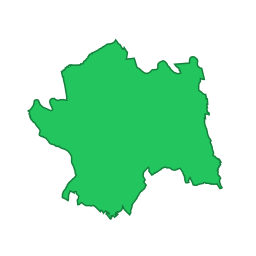 Valea Mare, Vâlcea, Romania, rotated 71°
{"feature_id": "2599482B41757926586400", "entity_name": "Valea Mare", "entity_type": "district", "adm_level": 2, "iso_a3": "ROU", "parent_name": "Romania", "parent_adm1": "Vâlcea", "projection": "equal_earth", "projection_center": [24.031, 44.681], "detail": "fine", "context": "isolated", "style": "filled", "palette": "green", "viewbox_px": 256, "rotation_deg": 71, "n_neighbors": 0, "source": "geoboundaries", "source_scale": "gbopen_adm2", "svg_char_len": 5796}
<svg xmlns="http://www.w3.org/2000/svg" viewBox="0 0 256 256"><g transform="rotate(71 128 128)"><path d="M172.3,212.7L174.7,210.2L177.1,208.4L176.4,207.7L172.0,206.0L168.7,203.1L171.9,200.0L170.7,199.3L171.2,197.9L171.5,197.7L173.2,198.2L176.4,196.7L178.5,198.0L179.4,198.7L179.3,199.1L179.6,199.4L184.0,200.4L184.0,200.2L184.4,199.7L184.4,199.0L183.2,196.3L186.3,194.3L187.7,193.0L188.9,189.5L189.8,187.9L189.8,187.0L190.2,185.5L193.3,183.7L198.1,181.4L197.4,180.7L197.1,179.9L199.9,178.9L200.5,178.9L199.9,177.9L199.9,177.3L199.1,176.4L201.5,174.2L201.5,173.9L202.7,173.6L203.0,173.8L202.5,174.1L201.2,175.6L202.1,176.7L203.0,176.0L208.3,174.3L208.2,173.4L207.6,173.6L206.8,173.1L206.6,172.9L206.9,172.8L206.8,172.3L205.7,172.5L205.7,171.2L206.3,171.0L206.3,170.5L208.0,169.7L207.1,167.5L205.5,168.2L205.4,167.8L204.6,167.3L206.6,166.4L206.3,165.7L204.3,166.4L203.6,164.8L204.5,164.5L203.9,161.5L201.7,158.8L200.9,158.9L200.3,158.6L200.9,158.5L200.9,158.3L202.3,158.3L204.2,157.9L210.6,154.7L208.9,152.9L208.0,152.9L205.7,151.5L205.4,151.0L204.2,150.5L203.8,149.8L202.9,149.7L202.2,149.1L201.9,149.3L197.3,142.4L195.8,141.3L195.3,140.2L192.9,137.9L192.9,137.3L192.3,136.6L192.0,135.1L191.5,134.5L190.8,132.4L190.1,131.5L189.5,131.3L189.2,130.8L188.4,130.3L188.2,129.5L187.6,129.5L184.4,130.7L183.1,129.5L182.9,128.9L182.7,128.7L178.1,129.5L177.6,129.0L175.0,127.8L173.2,124.6L171.8,121.6L173.6,121.3L175.5,122.3L180.2,120.8L180.0,120.3L180.2,119.5L179.3,117.9L179.2,117.5L179.5,117.2L179.2,116.8L179.2,115.4L178.3,112.4L177.9,110.3L177.6,110.1L177.5,109.5L177.0,108.8L177.2,107.9L176.9,106.2L177.7,104.7L178.4,104.2L178.7,102.9L179.5,101.3L181.6,100.0L182.8,98.3L183.2,96.7L183.0,93.1L183.1,91.8L187.5,90.7L190.8,90.6L191.9,90.1L192.7,90.7L193.9,90.4L195.2,91.1L197.7,91.2L198.7,91.0L199.1,89.5L199.2,88.1L197.7,88.2L195.5,86.0L195.1,85.4L198.4,85.2L200.8,84.8L202.5,84.9L203.4,84.5L204.4,82.0L204.5,80.8L204.2,80.0L204.6,76.4L204.9,75.1L204.4,74.4L204.4,73.4L205.2,72.6L205.7,72.4L205.8,71.5L206.9,69.0L207.7,68.6L207.6,67.8L208.4,67.3L208.6,65.9L209.1,65.4L209.3,64.1L209.9,62.9L209.7,62.1L214.9,60.8L214.7,60.5L215.3,60.1L215.3,58.9L214.9,58.5L212.3,59.1L211.5,58.9L211.0,59.1L210.3,58.9L208.9,59.1L208.6,58.8L207.6,58.6L206.7,58.1L205.7,56.8L203.5,57.2L202.9,57.4L202.9,57.7L201.1,58.1L200.3,57.9L198.9,57.0L197.1,57.3L196.9,56.3L195.6,56.4L195.1,55.7L195.1,55.2L194.7,54.7L194.2,54.7L194.0,54.1L193.6,54.1L193.5,53.5L193.1,53.5L192.9,52.4L190.5,52.5L190.6,51.2L187.2,51.9L186.9,52.3L187.3,52.5L186.6,52.8L186.6,53.2L186.0,53.3L185.6,53.9L185.2,54.2L183.6,54.8L183.5,55.2L182.9,55.3L181.9,56.4L181.1,56.5L180.2,55.5L178.6,55.1L175.5,55.2L173.8,54.7L169.7,54.7L169.5,55.0L168.1,54.9L167.0,54.1L167.1,53.7L165.2,53.9L164.2,54.5L160.4,54.8L154.4,54.0L153.9,54.2L149.1,54.2L143.6,52.5L144.3,51.7L139.9,50.6L141.0,47.6L141.2,47.2L141.9,47.1L141.7,46.8L140.2,46.5L139.6,46.9L139.2,47.5L138.4,47.5L138.2,47.7L135.1,47.1L134.7,46.7L134.7,46.4L134.1,46.6L133.8,46.2L132.3,46.2L132.2,46.0L131.2,45.7L131.5,44.9L126.2,43.5L125.9,43.7L125.9,44.5L123.8,43.9L121.6,43.7L121.0,45.0L119.8,46.0L117.6,47.1L117.1,47.7L116.0,48.1L115.4,48.7L114.8,48.7L110.0,47.0L108.7,46.0L107.6,44.5L106.8,44.3L106.4,43.9L105.9,43.8L105.5,43.4L104.8,43.3L106.5,41.2L106.9,40.0L95.7,38.9L94.4,40.6L92.1,41.9L89.8,41.6L87.5,40.4L86.3,40.2L85.1,40.5L82.5,42.1L81.6,43.9L81.6,45.6L82.3,46.6L83.5,47.5L86.6,48.8L82.9,63.1L85.0,62.5L86.9,61.4L87.8,60.6L89.7,60.3L90.2,60.7L90.7,60.6L90.9,60.1L93.3,60.3L92.9,63.3L90.4,66.4L86.9,68.3L84.0,69.1L82.3,70.0L79.8,70.3L77.3,71.4L76.5,72.1L75.9,73.1L76.1,76.4L76.8,78.2L77.5,78.9L78.5,79.4L80.9,80.2L81.9,81.3L81.9,82.6L80.9,85.6L81.1,86.9L82.1,88.4L82.7,90.4L82.5,92.5L82.1,93.4L81.6,94.2L80.5,95.1L79.1,96.1L75.5,98.0L73.8,99.8L64.1,99.4L62.4,107.1L56.3,103.9L54.5,104.6L50.8,105.4L51.1,105.6L51.6,105.7L51.7,106.4L51.4,106.7L52.0,106.8L52.0,107.2L50.2,107.8L46.8,108.3L45.3,109.6L42.3,110.4L40.7,111.0L42.2,112.7L42.7,114.9L42.7,117.1L42.4,118.4L42.6,118.8L42.0,119.8L42.0,120.7L43.1,123.8L43.0,125.3L43.6,125.7L43.6,126.2L43.9,127.1L43.7,127.5L44.0,128.0L43.9,128.9L44.9,132.0L44.8,132.5L45.1,134.4L45.3,134.7L45.4,137.4L45.9,137.7L45.4,138.1L45.9,138.8L45.9,140.1L46.5,140.5L46.4,141.2L47.2,141.9L47.5,142.5L48.5,142.8L48.9,144.1L50.4,146.7L50.5,147.8L51.0,148.1L51.3,148.9L52.2,149.3L52.6,149.8L52.0,151.8L52.9,152.6L53.0,152.9L52.3,153.8L52.4,155.0L51.6,156.2L51.4,157.9L50.5,159.3L50.5,160.3L49.6,161.3L49.8,161.7L50.4,162.0L50.2,162.4L49.6,162.6L49.8,163.1L49.5,163.4L50.2,164.9L50.8,164.8L50.7,165.5L50.2,165.9L50.7,166.6L50.8,167.7L51.4,167.7L52.0,168.4L52.0,169.0L52.6,169.2L52.6,169.6L52.2,170.4L53.4,171.6L53.0,172.5L58.3,173.2L58.7,172.5L61.3,173.2L66.9,173.8L77.4,175.5L81.9,176.8L80.3,179.6L79.4,182.1L79.0,185.8L77.8,187.0L76.0,188.2L75.6,189.4L75.5,191.0L76.2,192.5L77.6,193.4L80.0,193.7L85.4,193.1L86.4,193.7L86.6,194.7L86.1,195.7L80.9,201.4L78.0,203.1L76.1,203.6L73.2,203.7L72.6,203.9L71.9,204.4L71.4,206.1L71.4,206.9L71.9,207.8L74.5,209.1L76.1,210.3L78.9,214.3L79.3,215.7L79.1,216.6L79.4,216.8L80.9,215.8L82.1,216.7L82.9,216.9L83.5,216.9L83.7,216.4L85.6,216.6L85.5,217.1L88.6,216.8L88.6,216.5L91.6,215.6L92.7,214.4L95.9,213.8L99.5,212.3L101.3,211.9L103.0,212.4L103.8,213.2L105.6,214.1L105.9,214.1L107.5,212.9L108.2,212.0L108.6,210.8L109.2,210.8L110.9,208.9L114.6,207.5L116.3,207.2L117.5,206.6L118.9,204.8L119.7,203.3L121.3,202.4L121.9,201.8L122.8,199.8L122.7,199.2L123.5,199.2L125.4,197.5L127.8,194.3L130.0,192.5L133.4,191.1L136.3,190.7L138.6,191.2L141.1,192.2L142.6,192.5L147.8,191.9L149.2,192.1L151.1,192.0L154.2,192.7L155.8,192.2L157.6,194.9L158.1,196.7L159.7,199.6L160.1,201.1L160.8,201.9L161.9,203.8L163.0,204.4L163.8,205.6L165.1,206.6L166.3,208.7L167.3,210.0L169.8,211.8L170.7,212.0L172.3,212.7Z" fill="#22c55e" stroke="#15803d" stroke-width="1.5"/></g></svg>